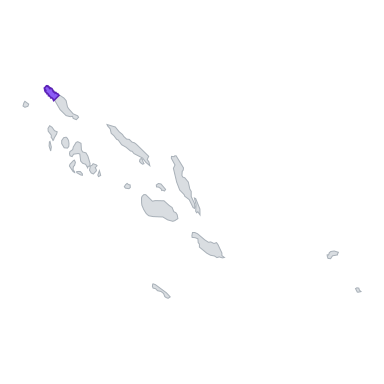 North West Choiseul, Choiseul, Solomon Islands shown in context
{"feature_id": "97153195B88202120204491", "entity_name": "North West Choiseul", "entity_type": "district", "adm_level": 2, "iso_a3": "SLB", "parent_name": "Solomon Islands", "parent_adm1": "Choiseul", "projection": "equal_earth", "projection_center": [156.555, -6.774], "detail": "fine", "context": "in_parent", "style": "filled", "palette": "violet", "viewbox_px": 384, "rotation_deg": 0, "n_neighbors": 0, "source": "geoboundaries", "source_scale": "gbopen_adm2", "svg_char_len": 6082}
<svg xmlns="http://www.w3.org/2000/svg" viewBox="0 0 384 384"><path d="M145.8,194.7L152.4,201.2L155.3,200.6L164.0,200.8L169.1,205.4L172.1,207.5L173.8,211.7L175.9,212.7L177.2,214.8L177.9,218.6L174.7,220.7L172.8,221.3L167.7,219.9L162.9,217.0L153.3,216.6L148.9,215.8L147.3,214.6L145.9,213.1L143.7,209.5L141.9,205.2L141.6,202.8L141.5,198.0L142.1,196.3L143.9,194.6L145.8,194.7ZM176.1,155.8L183.5,167.9L183.2,170.1L182.2,171.4L181.9,175.5L182.8,177.1L184.8,177.8L188.3,182.1L189.8,189.0L191.2,191.4L191.2,196.5L194.5,203.5L194.8,206.9L194.5,208.4L193.1,207.6L189.2,199.6L184.7,196.2L184.2,194.7L179.7,190.0L176.7,182.2L173.4,168.3L175.0,165.0L171.3,158.2L171.5,156.4L174.1,156.7L174.6,155.9L176.1,155.8ZM148.9,161.9L149.8,165.7L145.8,162.3L142.7,158.1L134.0,153.6L132.1,151.3L130.5,151.0L126.0,147.2L121.6,144.7L118.3,140.1L116.6,139.3L113.9,135.7L111.2,133.3L110.2,128.9L107.6,125.9L107.0,124.5L115.3,127.0L119.2,131.8L122.5,134.5L123.7,136.4L126.6,139.1L129.3,139.4L132.0,142.1L134.4,142.8L136.3,144.2L148.7,156.3L147.2,159.5L148.9,161.9ZM204.8,239.9L208.5,242.3L210.7,241.9L214.0,243.5L216.5,242.6L218.0,244.7L221.9,253.0L221.9,255.6L224.4,257.5L222.3,257.9L219.3,256.9L216.9,257.6L214.5,256.0L210.4,255.2L206.8,253.2L199.4,247.1L199.4,244.1L198.2,242.6L197.9,238.8L195.2,237.7L192.1,237.4L191.9,235.6L192.5,232.5L194.8,232.5L197.6,233.8L204.8,239.9ZM77.7,115.8L78.6,117.3L76.3,119.7L73.2,118.4L72.5,116.3L70.3,116.7L66.1,115.6L60.1,109.7L53.8,98.8L47.7,92.7L46.6,90.8L46.4,87.7L47.3,86.5L51.0,87.8L55.9,92.8L63.9,98.0L66.1,100.6L67.5,107.0L68.8,108.9L73.1,113.8L77.7,115.8ZM86.0,152.9L87.9,156.2L90.1,163.6L89.7,166.2L88.1,166.3L87.7,167.9L85.6,164.3L82.7,163.3L80.7,161.1L79.8,154.0L78.2,153.5L73.6,154.2L72.1,156.6L70.0,155.8L69.5,153.7L69.9,151.6L72.7,149.6L73.3,147.0L76.1,142.4L77.8,141.7L81.0,143.3L81.4,149.7L82.6,151.9L86.0,152.9ZM170.2,296.9L168.1,298.3L166.2,297.6L164.8,296.6L163.6,293.5L161.1,291.5L157.5,290.7L155.6,288.7L153.1,288.1L152.4,286.4L152.6,284.7L153.0,283.8L155.3,284.6L166.4,292.8L170.2,296.9ZM53.6,139.9L53.0,140.5L52.0,138.3L51.2,137.6L51.3,135.2L48.2,131.2L48.0,128.4L49.7,125.7L52.1,127.3L54.5,130.7L57.2,131.8L56.6,134.0L54.2,138.0L53.6,139.9ZM68.8,146.4L67.5,148.1L64.2,147.8L61.7,143.6L61.7,140.5L63.7,137.7L66.1,137.2L67.4,138.3L68.6,140.7L69.0,143.7L68.8,146.4ZM96.4,170.8L93.4,174.0L91.2,173.0L89.5,170.2L90.4,166.0L92.1,165.2L93.1,163.7L96.3,164.9L97.1,165.7L95.2,167.7L96.2,169.3L96.4,170.8ZM337.5,254.9L332.5,255.8L330.6,258.7L328.0,258.4L327.2,256.0L327.2,254.8L328.6,255.0L329.3,252.7L330.8,251.5L334.2,251.0L338.4,252.3L337.4,254.4L337.5,254.9ZM199.9,209.0L200.0,214.9L197.8,211.7L196.7,212.8L195.7,211.3L196.0,204.5L194.4,198.0L195.7,198.6L199.9,209.0ZM74.7,172.0L74.7,172.6L73.0,171.5L69.4,166.0L70.0,164.2L73.4,160.6L74.4,160.1L75.4,162.3L74.5,165.6L73.4,166.4L73.0,169.5L74.7,172.0ZM158.4,183.5L161.0,184.0L165.6,189.4L164.5,191.0L162.4,190.2L161.7,190.5L161.0,188.7L158.6,187.1L156.5,186.9L156.3,185.0L158.4,183.5ZM128.9,188.7L125.4,188.1L124.3,186.7L125.6,184.7L127.1,183.4L128.5,184.6L130.1,184.9L130.3,187.5L128.9,188.7ZM27.9,106.3L24.9,107.3L23.0,106.0L23.9,102.9L24.9,101.3L28.7,104.1L27.9,106.3ZM144.0,163.7L142.6,164.2L140.5,162.7L139.5,161.4L140.0,159.3L141.2,158.5L142.6,159.9L142.8,161.3L144.0,163.7ZM361.0,291.6L358.3,292.2L357.3,292.1L355.5,288.6L356.9,287.8L358.8,288.1L359.4,290.1L361.0,291.6ZM82.4,173.9L82.4,175.3L80.6,174.9L76.8,172.7L76.6,171.7L78.8,171.4L80.4,171.6L82.4,173.9ZM51.3,147.0L50.7,151.0L49.1,146.0L49.4,141.9L50.0,141.4L51.3,147.0ZM100.7,175.4L98.5,176.6L97.8,175.0L99.4,170.6L100.7,175.4Z" fill="#d9dde1" stroke="#a8b0b8" stroke-width="1"/><path d="M53.7,100.7L58.8,95.6L59.0,95.4L58.8,95.3L58.8,95.2L58.7,95.1L58.5,94.9L58.4,94.8L58.2,94.5L58.1,94.4L58.0,94.2L57.9,93.9L57.7,94.0L57.5,93.8L57.3,93.8L57.2,93.8L57.1,93.7L56.9,93.7L56.7,93.3L56.5,93.1L56.4,93.1L56.2,93.0L55.9,93.1L55.7,93.1L55.6,92.9L55.6,92.6L55.3,92.7L55.2,92.8L55.2,92.7L55.2,92.8L54.9,92.7L54.8,92.4L54.7,92.3L54.5,92.2L54.1,92.1L53.9,92.0L53.8,91.8L53.7,91.9L53.5,91.7L53.4,91.7L53.3,91.8L53.2,91.7L53.1,91.3L53.2,91.2L53.2,90.9L53.0,90.7L52.8,90.6L52.7,90.3L52.6,90.1L52.5,89.9L52.5,89.7L52.4,89.5L52.4,89.4L52.2,89.2L52.1,88.9L51.9,88.6L51.7,88.4L51.4,88.4L51.2,88.4L50.9,88.4L50.7,88.1L50.5,87.9L50.4,87.9L50.4,88.0L50.2,88.1L49.9,88.1L49.8,87.9L49.7,88.0L49.7,87.9L49.7,88.0L49.6,87.9L49.5,88.0L49.4,88.0L49.4,87.8L49.4,87.7L49.2,87.5L49.1,87.4L48.9,87.2L48.8,86.9L48.7,86.9L48.8,86.9L48.7,86.9L48.7,86.7L48.3,86.5L48.3,86.4L48.2,86.4L48.3,86.4L48.2,86.2L48.0,85.9L47.9,85.8L47.7,85.8L47.4,85.9L47.4,86.1L47.4,86.3L47.4,86.5L47.2,86.5L47.1,86.4L47.1,86.2L47.3,86.0L47.2,85.9L47.0,85.7L46.8,85.7L46.7,85.9L46.5,86.0L46.3,86.1L46.2,86.0L45.9,86.3L45.8,86.5L45.7,86.6L45.4,86.9L45.4,87.1L44.8,87.7L44.6,87.8L44.6,88.0L44.5,88.3L44.4,88.3L44.5,88.6L44.7,88.8L44.9,89.0L45.0,89.3L45.1,89.5L45.3,89.7L45.1,89.8L45.1,90.0L45.4,90.2L45.2,90.3L45.1,90.9L45.1,91.1L45.1,91.3L45.1,91.6L45.3,91.8L45.5,91.8L45.6,91.7L45.6,91.9L45.7,92.0L45.9,92.2L46.0,92.3L46.2,92.7L46.3,92.8L46.6,93.0L46.8,93.3L47.0,93.4L47.0,93.5L47.2,93.4L47.3,93.5L47.6,93.8L47.6,93.7L47.7,93.8L47.6,94.0L47.8,94.1L48.0,94.0L48.1,94.3L48.2,94.5L48.3,94.5L48.5,94.7L48.5,94.8L48.6,95.0L48.6,95.4L48.6,95.5L48.8,95.7L48.9,95.9L49.1,96.0L49.3,95.9L49.3,96.0L49.6,96.0L49.7,96.3L49.8,96.5L50.0,96.6L50.2,96.8L50.3,96.9L50.4,97.0L50.6,97.3L51.0,97.4L51.1,97.5L51.3,97.5L51.5,97.5L51.9,97.9L52.0,98.0L52.3,98.2L52.4,98.3L52.6,98.4L52.7,98.7L52.8,98.8L52.9,99.0L53.0,99.1L53.2,99.4L53.3,99.4L53.3,99.5L53.2,99.7L53.3,99.8L53.4,100.2L53.5,100.4L53.6,100.5L53.7,100.7ZM44.7,89.1L44.6,88.9L44.5,88.7L44.4,88.8L44.5,89.2L44.6,89.3L44.6,89.2L44.7,89.1ZM44.9,90.3L44.8,90.2L44.6,90.0L44.7,90.3L44.8,90.4L44.9,90.3ZM48.5,95.5L48.4,95.2L48.4,95.4L48.4,95.6L48.5,95.6L48.5,95.5ZM44.8,90.6L44.7,90.5L44.8,90.8L44.8,90.7L44.8,90.6ZM44.9,89.7L44.7,89.5L44.9,89.7ZM51.7,98.0L51.6,97.9L51.5,98.0L51.7,98.0ZM45.1,90.3L45.0,90.2L45.0,90.3L45.1,90.3ZM50.0,88.0L49.9,88.0L50.0,88.0L50.0,88.0ZM50.1,88.0L50.0,87.9L50.0,88.0L50.1,88.0Z" fill="#8b5cf6" stroke="#5b21b6" stroke-width="1.5"/></svg>